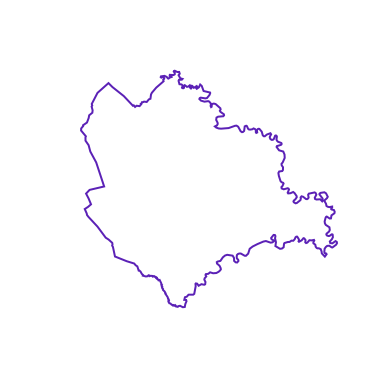 outline of Satuek, Buri Ram, Thailand, rotated 48°
{"feature_id": "78962969B95819884850859", "entity_name": "Satuek", "entity_type": "district", "adm_level": 2, "iso_a3": "THA", "parent_name": "Thailand", "parent_adm1": "Buri Ram", "projection": "albers", "projection_center": [103.358, 15.223], "detail": "fine", "context": "isolated", "style": "outline", "palette": "violet", "viewbox_px": 384, "rotation_deg": 48, "n_neighbors": 0, "source": "geoboundaries", "source_scale": "gbopen_adm2", "svg_char_len": 6055}
<svg xmlns="http://www.w3.org/2000/svg" viewBox="0 0 384 384"><g transform="rotate(48 192 192)"><path d="M132.9,283.1L137.5,284.6L138.8,285.4L141.2,285.6L154.5,285.4L168.2,286.7L171.5,285.8L176.4,285.3L177.7,286.1L178.4,287.2L179.9,287.5L188.4,292.4L199.8,286.8L206.5,282.8L208.7,282.9L210.7,282.4L214.7,284.2L215.0,283.7L216.7,283.5L219.3,284.1L221.0,283.9L221.3,284.5L223.9,282.8L224.8,281.5L224.8,280.0L225.4,279.6L226.1,279.9L226.7,278.7L227.9,277.6L228.5,277.8L228.9,276.7L229.4,276.3L229.9,276.6L231.0,275.7L231.9,276.2L232.4,275.5L233.4,276.1L233.9,275.7L235.2,276.0L235.7,274.9L239.5,276.0L240.0,276.6L240.9,276.5L241.1,277.2L242.5,277.5L242.4,277.9L243.9,278.6L244.7,278.4L245.5,279.1L247.8,278.9L249.6,279.8L249.9,279.5L250.3,279.9L254.1,280.5L255.3,281.3L256.0,281.1L257.1,281.6L257.0,282.1L257.6,282.3L257.7,282.9L259.5,283.3L260.5,282.6L262.1,282.6L263.1,281.8L263.0,282.2L263.6,282.2L264.8,281.0L265.7,280.7L265.5,280.2L266.7,280.3L267.1,279.6L267.8,279.4L267.9,278.1L268.6,277.0L271.5,275.9L272.6,274.3L270.7,271.8L269.5,269.2L268.3,268.6L267.0,269.9L265.5,267.7L266.3,265.9L266.0,263.3L269.1,259.8L269.2,258.5L264.4,252.2L262.6,250.9L262.5,250.3L263.6,249.5L266.1,249.8L266.8,246.7L269.1,245.0L269.4,244.0L267.9,242.2L265.4,241.5L264.6,240.4L264.3,237.9L262.7,237.5L262.3,236.7L263.7,234.6L263.8,232.3L266.5,230.7L268.5,228.1L269.1,225.6L269.1,223.4L268.7,222.2L267.4,221.5L265.2,220.9L261.9,221.3L260.7,220.5L260.8,219.6L262.2,217.0L261.2,212.8L261.3,210.0L262.2,207.9L266.5,204.4L269.1,204.9L271.4,206.8L273.5,206.6L274.6,205.6L274.3,203.6L273.2,203.0L271.4,203.1L270.1,202.2L268.9,200.8L268.8,199.5L269.3,198.1L270.4,196.9L274.6,195.5L275.5,194.6L275.4,191.5L272.8,187.1L273.1,183.4L274.5,178.2L276.6,172.1L277.9,169.9L282.2,167.5L283.2,166.0L283.4,164.3L283.0,163.6L280.7,164.4L279.8,164.4L279.1,163.9L278.5,160.1L279.4,159.2L280.6,159.5L282.0,161.3L285.5,163.2L288.0,166.2L293.1,164.6L294.2,163.0L294.4,160.9L292.1,158.3L291.8,157.4L293.3,154.2L294.4,152.9L294.7,150.7L296.0,149.3L295.8,147.3L294.9,145.3L295.0,144.3L295.6,143.7L298.1,144.1L299.4,144.6L299.9,145.8L300.6,145.8L301.3,142.9L300.9,140.1L301.6,139.6L303.7,139.8L305.2,141.5L306.3,141.4L306.8,140.1L306.4,137.0L308.0,135.5L309.2,133.4L309.9,133.6L310.5,135.4L311.4,136.1L313.6,135.6L315.4,136.7L317.0,136.8L317.8,136.5L318.7,135.4L320.6,134.6L322.9,135.5L324.5,136.6L328.9,136.5L328.3,133.6L327.6,133.4L326.3,134.2L325.2,133.9L322.9,131.4L322.4,129.3L322.5,127.6L323.8,125.9L326.5,125.3L327.2,124.7L327.6,120.1L327.0,118.4L325.9,117.8L324.5,118.2L324.1,122.0L322.5,123.4L321.0,122.7L320.7,119.7L319.9,117.6L318.0,116.1L317.5,116.0L316.9,116.6L316.7,119.1L316.1,120.0L314.7,120.8L313.6,120.7L313.0,119.9L313.1,116.6L312.4,115.0L310.2,113.5L305.9,114.6L304.2,114.2L302.6,113.1L300.5,109.9L300.2,108.9L300.4,108.3L303.9,107.4L304.6,106.4L302.7,104.0L303.1,100.4L302.2,99.2L300.4,98.6L298.5,99.9L297.8,100.0L297.4,99.5L297.3,98.2L296.6,97.6L295.1,100.1L293.6,101.1L292.3,101.4L290.5,100.3L287.4,99.6L286.9,99.1L286.9,95.8L286.4,94.3L282.7,93.3L280.8,93.8L278.6,97.2L278.7,98.6L279.1,98.9L284.2,99.3L286.0,100.8L286.1,101.5L283.2,101.6L280.9,104.5L279.6,105.2L278.4,104.6L277.2,101.4L275.5,100.8L274.4,101.1L271.4,106.3L271.8,107.6L274.1,109.0L274.5,110.0L274.3,111.3L273.5,112.0L269.9,112.6L268.5,113.5L268.7,114.9L269.6,115.4L270.6,116.9L270.3,121.5L269.7,122.6L267.8,123.2L267.0,123.0L266.5,122.1L266.6,120.2L266.0,117.7L265.1,117.0L261.4,116.5L259.7,116.8L258.8,119.6L257.4,121.5L256.6,121.4L255.0,118.2L254.0,118.0L253.2,118.4L251.4,122.0L249.4,123.0L248.2,122.3L248.1,120.8L247.0,118.3L246.2,118.1L244.6,118.9L243.1,118.9L238.2,116.7L235.7,115.1L235.1,113.5L236.8,110.9L236.5,109.7L234.5,107.8L232.2,107.5L231.0,106.7L230.7,104.8L228.7,100.3L226.1,98.2L223.0,97.1L219.3,99.4L215.1,99.0L214.7,98.2L216.5,94.4L216.5,93.6L215.8,92.9L215.2,92.9L212.1,94.5L210.6,94.5L209.4,94.0L207.7,91.9L206.8,91.6L206.1,91.8L205.8,92.6L207.4,95.8L207.3,97.0L206.6,97.9L205.2,98.3L203.6,97.8L203.0,97.2L202.1,94.6L200.8,94.4L199.4,97.9L199.3,100.6L198.7,101.3L197.3,101.5L193.8,99.8L190.2,99.7L189.5,100.3L189.2,101.3L189.7,102.6L191.4,103.7L191.1,104.7L190.3,104.6L188.8,103.2L187.2,103.1L185.9,103.8L185.8,105.1L184.5,107.1L183.5,107.9L182.5,108.0L179.8,107.1L179.0,107.4L178.5,108.9L181.5,112.4L181.5,113.9L181.0,114.8L179.4,115.2L174.4,114.0L172.5,114.5L171.6,115.7L169.0,122.0L164.4,128.0L162.6,129.7L160.3,130.9L158.6,131.1L159.2,128.8L158.6,127.3L157.6,126.6L154.6,125.8L153.1,124.0L153.5,122.2L156.6,118.1L156.5,116.9L155.6,116.3L151.6,117.2L150.3,117.0L149.8,115.5L148.7,114.9L142.4,115.6L140.9,116.6L140.2,117.9L140.4,118.9L141.8,120.4L141.7,121.0L140.5,120.6L139.1,118.8L136.3,118.7L135.3,119.2L133.2,122.3L130.1,124.2L127.8,124.3L127.4,123.4L127.7,122.4L131.4,119.4L132.2,118.0L131.6,114.0L130.7,112.3L130.2,112.0L124.7,115.8L119.7,113.8L117.6,114.0L118.8,116.8L118.5,119.4L117.9,119.4L117.9,118.5L117.2,117.7L116.4,117.6L115.8,120.9L113.3,120.8L112.4,121.5L114.3,122.5L114.4,123.5L113.0,123.6L111.2,122.6L111.1,124.3L110.5,125.4L107.7,125.9L107.6,126.6L109.2,128.2L109.0,129.2L108.2,129.7L107.6,129.5L107.1,128.1L106.3,127.7L105.1,127.8L103.5,129.2L100.4,127.6L99.9,126.6L101.7,124.4L101.6,123.4L99.6,124.6L96.2,123.8L95.9,122.0L94.2,121.2L93.0,122.6L90.3,123.7L90.0,124.4L90.3,125.0L91.9,125.1L93.0,126.1L92.7,127.5L90.1,130.1L90.7,130.9L92.2,129.8L92.9,130.1L92.1,132.0L92.0,133.6L91.5,133.9L89.5,133.8L87.3,134.7L85.3,137.7L85.7,138.4L86.5,138.3L87.1,136.6L88.7,136.4L89.2,136.8L89.4,138.4L90.7,139.0L90.5,148.7L91.4,155.4L92.1,157.2L94.9,160.5L94.3,162.1L94.8,165.4L92.7,167.2L92.6,168.0L91.8,169.1L92.5,170.2L92.2,170.9L92.8,171.1L93.1,173.5L90.8,175.5L90.7,177.4L88.6,177.3L88.4,178.2L75.1,178.5L60.8,180.9L55.2,181.2L55.1,195.9L59.5,207.6L61.0,208.3L61.3,209.4L64.8,211.2L66.4,213.0L66.2,217.1L67.9,219.3L70.1,223.6L69.5,228.3L70.2,228.8L70.6,231.8L72.1,233.3L79.6,233.6L80.1,234.6L82.6,236.8L88.0,237.5L93.9,240.5L105.9,243.4L129.1,253.6L121.9,266.7L122.3,271.8L127.7,273.2L133.6,275.3L133.5,279.3L132.9,283.1Z" fill="none" stroke="#5b21b6" stroke-width="2"/></g></svg>